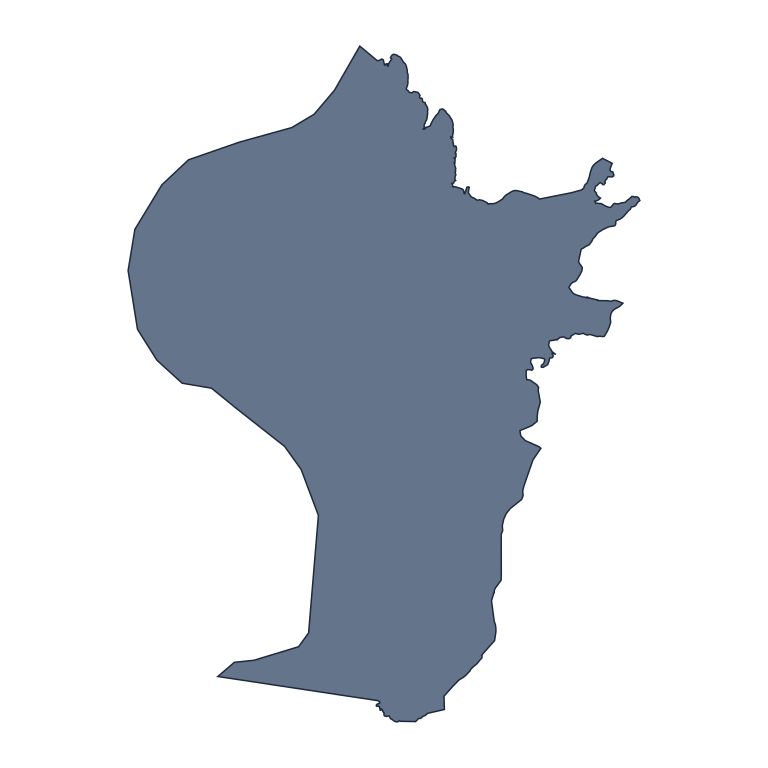 the district of North Dayi, Volta, Ghana
{"feature_id": "2480657B8553529614763", "entity_name": "North Dayi", "entity_type": "district", "adm_level": 2, "iso_a3": "GHA", "parent_name": "Ghana", "parent_adm1": "Volta", "projection": "orthographic", "projection_center": [0.294, 6.818], "detail": "fine", "context": "isolated", "style": "filled", "palette": "slate", "viewbox_px": 768, "rotation_deg": 0, "n_neighbors": 0, "source": "geoboundaries", "source_scale": "gbopen_adm2", "svg_char_len": 6072}
<svg xmlns="http://www.w3.org/2000/svg" viewBox="0 0 768 768"><path d="M612.2,163.3L602.5,158.3L595.6,163.2L593.3,165.4L591.9,167.7L590.4,172.1L589.3,176.9L587.2,182.8L585.2,184.5L584.2,186.3L583.8,188.0L581.6,189.9L580.2,190.3L571.5,192.7L539.3,199.1L538.6,198.2L535.2,196.3L531.9,195.1L525.5,193.0L524.1,192.9L522.6,191.9L516.6,190.6L515.0,190.5L512.9,191.0L510.6,192.2L506.5,194.7L504.6,196.3L502.4,199.1L498.2,201.8L495.9,203.0L493.1,203.7L488.8,203.7L488.1,204.2L487.0,202.6L482.7,200.5L479.7,199.8L477.1,200.2L474.3,198.2L471.4,197.0L468.5,193.1L468.6,190.3L469.3,187.6L468.8,186.9L467.5,186.9L466.8,187.4L464.8,193.7L464.0,193.3L463.8,191.2L463.0,189.5L461.8,188.8L455.7,186.9L452.7,186.7L452.8,185.5L451.8,183.6L452.3,183.3L453.6,183.1L453.7,182.4L454.6,181.1L455.7,180.5L454.7,178.7L455.1,177.6L455.1,176.1L455.7,175.4L455.8,174.4L455.1,172.4L455.7,171.0L455.4,169.9L455.8,168.6L454.5,164.6L455.0,163.1L454.1,162.7L455.0,161.5L455.1,159.3L454.1,158.1L454.4,157.7L455.3,157.9L456.0,156.3L456.0,153.5L455.2,152.9L456.4,150.1L456.6,149.0L456.1,146.4L455.5,146.0L454.2,146.6L453.7,146.0L452.6,139.2L451.5,138.6L450.8,137.8L450.6,137.0L452.7,137.1L452.4,136.5L453.1,133.1L453.4,130.2L452.9,127.1L453.2,124.8L452.7,122.5L451.9,119.9L449.3,115.8L446.2,112.6L445.5,110.9L444.5,110.7L443.8,109.5L442.2,108.9L439.9,109.6L438.1,113.4L435.8,115.8L433.2,119.5L430.9,123.9L430.5,125.5L428.5,126.6L426.6,127.2L424.2,129.3L423.3,129.2L423.7,128.3L424.5,127.6L424.6,126.8L424.1,126.0L424.2,124.8L425.2,123.1L425.5,121.6L426.4,120.3L426.9,119.0L427.7,113.1L427.4,111.8L427.9,109.7L427.3,107.1L425.9,104.7L425.5,104.5L425.1,102.5L423.6,102.3L422.7,101.7L422.3,98.9L421.4,98.1L420.7,98.3L419.6,97.9L419.5,97.1L420.0,95.4L418.8,93.4L417.7,92.3L413.6,91.5L411.9,92.9L410.0,92.5L408.7,91.7L407.8,90.3L406.8,90.1L406.5,89.5L406.4,88.4L407.6,85.0L408.0,82.3L407.8,82.1L408.1,77.4L408.0,74.3L407.2,72.3L407.3,70.4L406.3,66.1L405.5,64.1L402.8,61.4L402.6,60.7L400.6,57.5L399.3,56.5L397.8,56.1L397.2,55.2L396.7,55.3L395.8,54.7L393.3,54.3L391.8,55.3L390.4,57.8L391.7,59.1L389.3,62.5L388.4,64.2L388.4,65.4L387.8,66.2L387.6,66.1L388.0,64.6L387.3,65.1L387.2,64.9L387.4,64.6L387.4,63.8L386.9,63.7L385.8,64.0L385.2,64.7L385.1,65.2L384.7,65.2L384.4,64.7L383.3,59.8L381.6,59.0L380.8,59.7L378.4,60.7L376.9,60.4L359.8,46.1L334.5,90.2L314.1,114.3L291.7,127.6L239.5,142.1L188.5,159.8L161.9,184.8L134.9,229.3L128.1,270.6L137.5,329.3L156.9,360.2L182.1,383.2L211.5,388.2L236.7,408.7L284.6,446.4L301.1,469.4L318.4,515.4L308.6,632.9L298.6,646.7L253.8,660.3L234.4,662.3L217.8,676.5L378.1,700.7L379.7,701.9L379.7,703.1L376.9,704.3L376.4,705.0L376.3,705.9L376.8,706.3L378.4,706.1L379.4,706.7L380.2,710.2L380.8,710.3L381.1,708.8L382.1,709.5L382.8,710.8L382.8,711.5L384.1,713.2L383.9,714.7L384.4,715.9L386.6,716.5L388.3,715.9L389.0,716.0L390.7,718.8L391.4,719.0L394.5,721.3L396.5,721.9L398.7,721.5L399.5,720.7L400.5,721.3L415.6,721.6L418.1,719.0L418.9,718.5L420.7,718.4L422.9,716.4L425.5,715.3L427.4,713.4L444.4,709.5L444.0,696.2L452.9,686.2L459.2,679.8L462.8,677.7L465.5,675.6L470.0,670.9L470.8,669.2L473.3,666.7L477.0,663.7L480.2,659.7L481.8,658.2L482.1,655.5L481.7,655.1L494.6,640.6L495.9,631.8L495.9,628.1L495.4,624.8L494.2,621.1L491.5,600.8L493.8,593.1L494.3,592.7L494.2,590.9L495.0,588.6L501.1,580.2L501.3,574.6L501.2,534.4L502.7,530.6L502.3,525.7L503.7,519.3L506.3,513.4L510.5,508.3L521.6,499.5L523.1,495.7L522.7,491.0L523.9,486.0L533.0,459.8L540.9,448.3L539.0,446.7L525.3,440.6L520.8,435.9L519.9,430.6L531.7,425.7L537.2,421.2L537.2,416.3L537.8,411.4L540.3,402.1L538.2,390.7L538.6,387.3L536.7,384.7L530.2,380.1L526.7,379.6L526.2,376.0L526.1,372.2L526.4,370.5L527.5,369.6L531.1,369.8L531.7,370.3L532.9,369.3L533.1,368.2L532.2,365.2L531.5,364.6L531.5,364.0L530.5,362.2L531.3,358.7L533.4,358.1L535.2,358.1L539.1,357.6L543.7,358.6L544.7,359.3L544.5,361.0L543.7,363.3L543.4,363.8L541.5,365.3L541.2,366.6L541.4,367.2L542.8,367.4L543.6,367.1L547.6,364.7L549.0,361.3L549.5,358.5L549.9,358.1L552.3,357.7L552.9,357.0L553.2,355.7L552.1,353.8L552.1,353.4L553.2,353.3L555.8,354.5L552.2,351.7L549.1,346.8L548.6,345.0L549.3,341.5L550.3,340.5L551.5,340.6L555.2,340.0L556.3,339.4L557.0,340.0L559.6,337.6L563.9,336.8L565.9,338.3L567.0,338.6L568.8,338.7L569.7,338.4L570.8,337.5L571.0,336.9L570.8,336.2L574.9,333.6L575.6,333.5L578.7,334.3L583.3,333.3L584.6,334.1L587.2,335.1L588.9,334.6L590.6,334.6L597.2,336.6L599.9,336.2L602.8,336.6L604.3,336.3L607.4,331.2L609.2,327.0L610.5,323.1L610.7,322.3L610.3,318.3L610.4,316.8L610.9,314.0L611.5,312.5L612.9,310.6L614.3,309.3L618.3,307.2L620.5,305.7L622.9,303.2L616.2,300.5L613.2,300.4L611.3,301.3L607.3,300.7L598.5,300.6L598.0,300.3L597.6,300.5L596.6,299.7L595.9,299.7L596.2,299.6L589.8,298.2L589.7,297.9L588.1,298.0L587.9,297.5L587.5,297.9L586.4,297.7L586.5,297.3L585.9,297.6L584.6,297.1L583.4,297.1L575.9,294.8L573.6,293.6L572.5,292.6L568.9,287.4L570.9,284.0L572.8,282.3L573.8,282.0L576.1,280.8L580.0,274.7L581.8,271.1L582.3,268.2L582.2,267.3L579.1,262.9L578.6,261.2L581.2,249.2L583.8,247.8L585.4,246.6L589.3,244.7L591.8,241.3L592.9,238.9L595.0,236.7L597.4,233.3L599.0,232.0L603.0,229.5L607.2,227.5L609.3,226.7L614.4,225.9L615.0,225.5L615.6,224.4L615.8,223.3L615.8,221.5L616.3,220.7L617.9,219.9L619.8,219.3L622.1,217.7L623.8,216.2L628.6,210.6L630.4,209.2L631.2,207.3L631.7,206.9L633.3,206.7L635.1,205.9L636.0,205.1L637.4,202.6L639.9,200.5L639.3,199.6L639.3,198.9L638.4,197.7L637.3,197.0L635.5,196.8L634.8,197.2L633.1,196.4L631.6,196.5L630.5,197.9L627.3,200.3L625.3,202.3L621.4,202.9L618.7,203.8L616.8,203.9L614.8,203.4L613.5,203.9L611.1,207.0L609.9,207.4L608.9,207.3L605.6,206.1L601.1,203.5L600.1,203.6L597.5,203.2L595.7,203.4L594.9,201.0L595.9,201.1L596.9,200.7L599.2,199.5L600.5,198.1L598.6,196.9L597.2,195.4L596.4,194.2L596.4,193.1L594.5,190.9L594.5,189.9L595.8,186.0L597.4,185.2L599.4,182.9L600.5,182.7L603.0,184.6L603.9,184.7L605.4,182.7L604.9,181.6L605.2,180.7L605.5,180.1L606.5,179.5L607.6,177.2L608.1,176.7L612.1,177.0L613.7,175.9L613.9,175.1L612.9,172.1L612.7,171.8L611.0,171.5L609.9,170.0L610.5,167.6L612.2,163.3Z" fill="#64748b" stroke="#1e293b" stroke-width="1.5"/></svg>